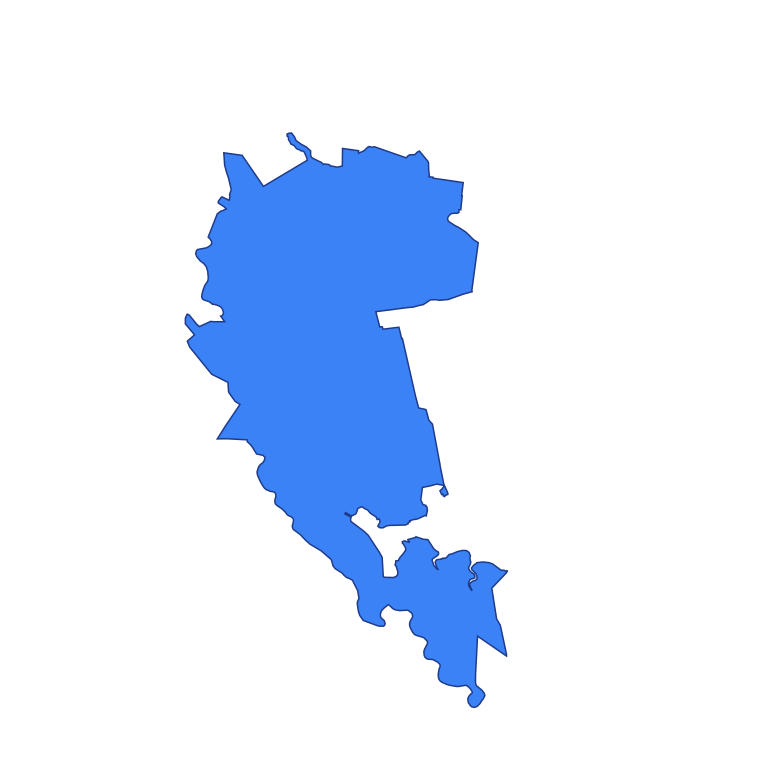 Gruiu, Ilfov, Romania (Natural Earth projection), rotated 216°
{"feature_id": "2599482B32768911582829", "entity_name": "Gruiu", "entity_type": "district", "adm_level": 2, "iso_a3": "ROU", "parent_name": "Romania", "parent_adm1": "Ilfov", "projection": "natural_earth1", "projection_center": [26.214, 44.706], "detail": "fine", "context": "isolated", "style": "filled", "palette": "blue", "viewbox_px": 768, "rotation_deg": 216, "n_neighbors": 0, "source": "geoboundaries", "source_scale": "gbopen_adm2", "svg_char_len": 6172}
<svg xmlns="http://www.w3.org/2000/svg" viewBox="0 0 768 768"><g transform="rotate(216 384 384)"><path d="M134.3,196.0L139.4,203.1L160.1,235.0L125.0,235.9L126.1,237.4L148.1,257.2L154.9,260.2L176.8,282.2L174.2,301.5L174.0,303.6L174.3,305.2L175.1,305.1L175.4,304.0L177.5,303.9L179.6,302.2L190.2,302.3L193.8,301.3L199.2,298.3L203.9,294.0L203.9,292.9L204.9,290.5L205.1,286.6L203.8,285.4L198.3,284.7L195.9,283.1L194.3,281.2L194.5,279.5L195.0,278.2L196.4,276.6L197.4,273.3L197.0,272.2L196.0,271.3L191.8,269.1L192.1,268.5L196.4,270.3L197.5,271.2L198.9,273.4L199.4,275.7L198.9,277.3L196.8,279.8L196.6,280.5L197.5,281.9L199.4,283.2L202.7,283.0L205.2,283.5L207.5,284.8L208.4,289.2L209.0,290.8L212.1,293.4L213.0,295.7L215.8,297.5L217.2,297.8L219.2,297.7L220.3,297.2L223.1,295.1L226.1,291.5L229.2,286.5L231.1,284.4L231.5,279.8L232.7,278.5L233.4,279.0L232.8,278.4L233.3,277.9L234.1,278.3L233.4,277.8L233.9,277.3L234.6,277.9L234.0,277.1L235.1,276.0L234.9,275.7L237.4,273.6L238.2,272.3L238.0,270.5L237.5,269.5L232.4,266.0L231.4,265.9L231.8,265.3L237.0,266.5L241.7,269.8L241.8,271.5L240.2,275.6L239.7,277.9L240.4,279.3L241.2,280.0L244.3,279.7L247.3,280.1L257.1,283.9L260.8,281.6L268.2,279.2L267.9,278.9L273.3,272.2L273.2,271.8L270.8,271.3L270.7,270.7L271.6,270.1L274.7,269.4L275.7,268.7L276.5,267.1L275.5,266.0L274.2,265.9L270.3,264.1L268.8,262.3L268.6,261.5L268.8,261.5L268.7,257.5L269.1,253.7L269.0,251.0L268.5,249.6L270.5,247.9L269.1,245.4L268.8,244.2L266.4,243.3L262.6,240.3L261.2,238.5L260.8,236.9L261.2,235.2L262.6,233.0L270.0,227.9L271.4,227.8L283.6,242.7L289.0,245.2L308.0,252.4L314.0,253.1L330.1,253.4L331.5,254.8L332.3,256.9L339.3,255.9L339.5,257.4L333.4,258.0L332.5,258.4L330.5,262.2L330.9,264.8L331.8,266.8L331.8,268.2L330.4,270.9L329.1,271.8L326.2,271.8L323.4,272.5L319.1,271.4L312.2,271.8L309.9,270.3L309.2,270.8L309.1,271.8L307.4,271.6L306.0,269.6L305.7,266.4L305.3,265.3L303.3,265.1L300.5,266.8L298.3,270.9L296.7,272.6L283.8,282.5L282.3,285.2L282.9,285.7L282.0,288.0L282.9,288.3L280.7,291.3L277.5,294.6L273.4,301.9L272.3,302.1L274.6,307.3L277.0,309.8L278.5,309.7L278.8,310.4L281.6,309.4L286.1,311.8L292.1,322.9L287.0,328.4L282.5,334.0L275.4,337.4L276.7,338.1L289.4,349.8L291.5,351.8L291.0,352.3L291.6,352.0L321.2,380.0L326.3,381.0L335.0,388.0L341.9,385.0L351.6,392.9L395.8,431.6L396.4,431.1L405.3,438.7L417.1,427.7L419.0,429.3L421.0,427.7L433.1,437.7L409.6,459.9L405.7,463.2L401.4,468.6L398.9,471.3L395.8,479.5L391.7,482.6L388.1,484.5L381.7,490.1L372.9,503.0L366.9,510.5L368.0,511.4L390.8,553.7L396.1,553.4L407.1,555.0L415.3,554.6L419.7,553.9L426.4,553.5L428.1,553.8L429.7,555.0L430.3,556.7L430.3,559.1L429.5,561.8L424.7,565.6L424.3,567.1L425.9,569.0L424.3,570.1L431.4,582.3L431.9,582.0L438.3,593.5L465.4,579.3L465.9,580.1L469.3,578.2L469.3,578.7L473.4,583.1L478.0,589.1L479.5,590.0L492.3,593.3L493.4,591.1L493.8,587.8L498.1,584.3L498.7,582.6L499.0,580.0L531.2,570.3L532.8,568.5L535.6,567.4L536.3,566.2L537.3,560.8L540.3,555.8L541.7,557.8L556.0,550.2L545.9,535.9L549.3,531.9L554.7,529.5L555.1,528.9L555.8,528.8L556.6,529.3L557.9,529.0L561.7,526.9L562.1,526.0L564.6,526.5L574.0,524.8L576.4,524.9L578.0,526.2L580.4,529.5L586.3,530.1L591.9,529.3L598.2,529.3L602.0,531.5L606.4,532.7L608.4,530.9L608.4,530.4L609.3,529.6L609.1,528.8L607.9,527.5L607.1,527.7L606.3,527.2L604.7,525.4L602.9,524.8L600.4,523.4L596.9,524.1L593.5,523.1L592.1,523.1L590.0,523.8L588.1,523.8L587.1,524.6L584.9,524.8L579.5,521.7L577.6,519.9L597.7,473.0L633.2,485.6L649.5,476.9L641.5,467.3L635.8,462.7L630.6,459.0L622.3,451.9L621.4,450.3L620.8,447.8L620.1,446.9L620.2,446.3L618.8,445.1L617.2,441.6L625.0,440.2L625.4,439.5L625.4,434.3L624.4,433.0L618.1,433.4L614.5,433.0L616.4,429.5L617.6,428.0L618.9,423.7L612.6,399.5L609.7,399.0L607.3,398.0L606.1,396.6L605.8,395.2L606.1,393.4L607.5,390.0L613.8,383.3L614.1,381.8L613.1,378.9L610.6,377.1L608.0,376.3L605.0,375.6L600.4,375.5L596.7,374.4L592.9,371.6L588.8,366.9L587.5,364.7L587.0,362.9L587.0,358.8L585.7,353.9L583.7,349.0L582.3,347.0L580.8,346.1L579.4,346.1L573.7,347.9L569.5,347.7L568.9,348.3L565.4,349.7L561.7,350.4L559.2,349.8L556.3,347.9L555.3,346.4L555.1,345.5L555.4,343.4L556.0,342.9L549.5,340.8L558.2,334.4L561.0,332.8L567.2,321.8L569.0,322.3L569.3,321.9L582.0,325.3L584.3,324.8L583.5,320.7L580.1,315.9L566.2,312.4L568.3,303.0L562.8,299.6L529.1,290.6L511.2,293.6L505.6,286.8L504.3,285.8L494.1,282.4L488.5,282.8L487.6,256.9L486.6,241.6L479.0,247.3L461.9,258.4L460.7,257.0L456.3,256.4L453.0,255.4L446.0,252.5L440.1,255.1L437.2,254.8L435.9,251.9L435.8,248.8L436.7,246.3L436.8,243.6L435.1,238.3L433.4,236.5L431.8,235.3L427.1,232.6L422.2,230.4L419.5,229.5L417.3,229.3L412.9,230.3L410.4,231.7L408.4,232.0L407.3,231.5L405.6,229.9L404.0,225.9L402.7,224.1L401.4,223.2L399.4,222.8L392.8,223.0L388.4,222.3L385.3,221.3L383.0,221.5L381.6,222.0L378.7,221.8L377.7,221.3L376.7,219.9L374.5,214.8L371.9,213.0L363.6,213.0L355.4,211.5L349.4,210.9L337.1,212.1L324.0,211.0L322.5,210.3L318.5,207.0L315.0,205.9L306.6,206.4L304.3,205.8L300.6,205.5L297.6,206.3L294.2,206.7L283.9,201.4L278.2,195.8L277.5,192.2L276.2,190.2L270.8,184.8L267.5,182.5L261.8,180.5L246.9,184.7L244.7,185.8L242.0,187.8L241.7,188.9L241.9,190.2L242.6,191.2L244.7,192.7L249.2,193.2L250.6,194.2L252.1,196.6L252.7,199.3L252.2,203.1L250.9,207.8L249.8,208.1L244.7,207.5L242.5,207.8L238.2,209.8L232.5,214.5L230.9,215.1L226.5,214.8L224.4,213.1L223.7,211.2L223.6,208.8L223.0,206.1L221.4,203.7L218.9,201.9L215.1,200.1L212.3,199.3L209.8,199.7L202.9,202.2L198.6,201.5L197.0,200.8L196.3,199.4L195.2,192.7L194.3,190.7L191.8,187.9L190.0,187.0L188.2,186.8L186.5,187.3L182.5,189.8L176.9,190.5L174.0,190.0L172.7,188.8L171.8,185.5L169.5,181.0L167.4,178.5L165.8,177.3L164.0,176.8L162.1,176.7L156.5,177.9L153.7,178.9L147.6,181.9L146.0,183.0L141.2,187.9L139.5,188.7L137.7,188.6L134.7,188.1L131.6,186.8L131.1,186.1L131.8,182.3L131.5,179.5L130.7,177.9L128.3,175.7L125.0,174.5L123.0,174.5L121.0,175.4L119.1,177.9L118.5,182.2L118.8,185.3L118.6,187.1L119.2,191.1L121.0,192.7L125.0,193.9L131.4,194.2L133.2,195.0L134.3,196.0ZM275.4,337.4L275.4,333.0L276.0,330.5L272.4,328.5L271.8,329.4L270.1,328.3L269.6,329.0L268.9,328.6L268.5,330.7L267.4,332.2L268.3,333.3L275.4,337.4Z" fill="#3b82f6" stroke="#1e3a8a" stroke-width="1.5"/></g></svg>